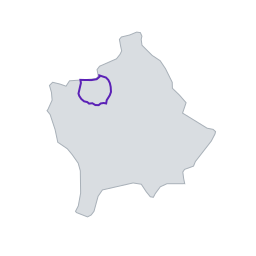 where Istok sits in Kosovo, rotated 13°
{"feature_id": "KOS-5887", "entity_name": "Istok", "entity_type": "District", "adm_level": 1, "iso_a3": "XKX", "parent_name": "Kosovo", "parent_adm1": "", "projection": "albers", "projection_center": [20.485, 42.778], "detail": "fine", "context": "in_parent", "style": "outline", "palette": "violet", "viewbox_px": 256, "rotation_deg": 13, "n_neighbors": 0, "source": "natural_earth", "source_scale": "10m", "svg_char_len": 1370}
<svg xmlns="http://www.w3.org/2000/svg" viewBox="0 0 256 256"><g transform="rotate(13 128 128)"><path d="M73.3,91.2L85.7,87.2L87.5,84.3L84.7,78.1L86.4,74.2L101.2,63.2L103.6,58.2L104.5,54.3L102.5,50.1L99.7,43.6L101.1,40.8L108.7,37.0L114.9,32.6L118.6,32.3L120.9,35.4L120.9,38.7L123.0,44.2L127.6,47.1L135.3,51.9L144.2,55.2L151.2,61.8L160.8,73.5L162.3,79.3L170.9,84.5L178.9,90.3L177.8,101.2L205.1,110.4L211.2,110.2L214.1,111.8L214.1,114.3L212.1,122.0L201.2,145.5L200.4,150.4L192.4,155.6L191.3,158.6L193.7,165.0L195.8,169.5L195.7,169.5L178.5,173.5L172.7,178.0L169.3,185.8L168.3,189.8L165.2,190.0L160.1,186.0L153.6,179.8L145.3,180.4L117.0,194.1L114.2,201.3L113.6,216.8L111.7,221.0L108.6,223.7L96.8,222.0L95.6,221.0L97.1,215.1L96.5,202.1L91.2,180.5L87.4,173.5L79.6,166.5L73.6,161.9L62.8,157.7L57.3,145.9L49.1,132.4L45.2,129.3L45.8,128.0L47.8,117.9L45.4,110.5L41.9,104.2L44.3,100.4L51.9,100.5L58.2,101.2L60.4,95.2L73.3,91.2Z" fill="#d9dde1" stroke="#a8b0b8" stroke-width="1"/><path d="M73.4,91.3L81.7,89.5L86.5,87.5L88.7,84.5L88.3,83.2L89.4,83.3L95.2,83.8L98.0,85.6L100.2,88.3L101.9,91.9L103.3,96.7L102.9,100.1L102.2,102.3L101.0,105.7L101.2,109.0L98.7,109.1L95.9,110.2L94.3,112.3L91.0,113.0L87.7,111.9L84.6,113.0L82.5,111.9L79.2,111.9L75.9,110.2L73.3,107.7L72.0,105.6L72.0,102.1L72.0,98.3L72.0,94.8L70.8,91.8L73.4,91.3Z" fill="none" stroke="#5b21b6" stroke-width="2"/></g></svg>